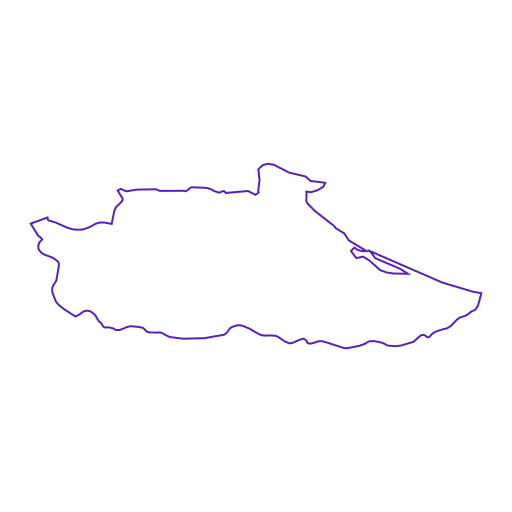 Miranda, Albers equal-area conic projection
{"feature_id": "VEN-47", "entity_name": "Miranda", "entity_type": "State", "adm_level": 1, "iso_a3": "VEN", "parent_name": "Venezuela", "parent_adm1": "", "projection": "albers", "projection_center": [-66.423, 10.291], "detail": "fine", "context": "isolated", "style": "outline", "palette": "violet", "viewbox_px": 512, "rotation_deg": 0, "n_neighbors": 0, "source": "natural_earth", "source_scale": "10m", "svg_char_len": 3404}
<svg xmlns="http://www.w3.org/2000/svg" viewBox="0 0 512 512"><path d="M258.2,169.5L259.3,168.3L262.8,165.1L267.7,163.8L273.7,164.7L289.1,172.6L305.6,176.5L310.7,181.0L322.4,182.4L325.2,183.0L323.4,186.6L317.8,190.1L311.2,192.2L306.4,191.6L306.6,194.6L306.3,200.8L307.2,203.1L315.0,211.1L334.0,225.9L335.9,228.3L344.3,233.4L348.8,240.4L366.6,251.1L363.0,251.2L359.5,250.5L356.6,249.3L354.6,247.6L352.6,249.2L351.0,251.1L356.3,258.1L362.9,256.6L369.3,260.4L380.3,270.2L386.7,272.5L393.5,273.5L407.9,273.8L400.5,269.0L375.3,258.2L370.0,251.1L442.4,282.6L472.9,291.7L481.3,293.2L481.1,294.0L478.1,305.5L475.5,309.5L474.3,310.2L473.1,310.7L471.8,311.3L470.3,312.3L469.1,313.4L465.9,315.6L459.9,317.5L457.3,319.3L450.9,325.9L448.8,327.3L447.1,328.3L443.6,329.1L436.7,331.2L434.3,332.4L432.1,333.9L429.3,337.0L428.0,337.4L427.0,337.0L426.0,336.1L424.8,335.3L422.8,334.9L421.4,335.2L420.2,335.8L413.4,341.9L401.1,345.5L395.9,346.2L389.1,345.7L387.6,345.5L386.4,344.9L385.3,344.2L383.4,343.3L380.6,342.4L374.8,341.2L371.8,341.1L369.6,341.3L367.2,342.3L366.1,343.0L365.1,343.7L359.2,345.9L347.3,348.2L344.4,348.2L325.6,342.1L321.6,341.2L319.3,341.2L317.6,341.5L316.0,342.2L310.9,343.6L309.0,343.5L307.7,342.9L307.0,342.2L306.5,340.6L303.8,338.7L302.7,338.8L300.6,339.4L293.2,342.6L290.9,343.2L289.2,343.3L284.5,341.2L278.4,337.1L275.6,335.8L269.7,335.4L264.7,335.6L262.1,335.3L260.2,334.7L253.1,330.9L252.5,330.4L252.2,330.2L248.9,328.4L243.7,326.2L240.7,325.4L238.5,325.2L237.0,325.4L232.0,327.0L231.4,327.4L230.6,327.9L229.8,328.6L226.8,332.8L224.0,334.8L214.9,336.3L204.4,338.2L183.1,338.7L169.7,337.0L164.8,334.7L162.2,333.1L160.4,332.5L158.8,332.4L156.6,332.6L149.1,332.4L147.0,331.6L145.8,330.8L145.4,330.0L142.8,327.8L138.2,326.9L130.6,326.2L127.2,327.0L119.7,330.0L116.3,330.1L115.6,329.8L114.7,329.3L113.5,328.5L108.5,327.3L105.0,327.5L103.4,326.7L102.4,325.3L101.5,323.5L98.9,321.2L96.7,318.0L96.3,316.9L94.8,314.8L91.2,311.8L89.8,311.2L87.5,310.7L86.1,310.8L85.1,310.9L84.0,311.3L82.9,311.9L81.0,313.4L78.7,314.9L75.4,316.5L63.6,308.9L58.0,304.2L55.9,301.5L52.5,292.9L52.2,290.6L52.2,288.6L52.5,287.2L53.7,284.7L55.8,281.5L56.4,280.2L58.9,265.6L58.8,263.6L58.6,262.4L57.2,260.9L53.8,258.4L51.7,257.3L43.9,254.4L42.5,253.5L41.0,252.3L39.1,250.1L38.4,248.3L38.3,246.5L38.5,245.0L38.9,243.6L39.4,242.3L41.3,240.5L42.2,239.4L41.7,238.7L39.9,236.9L38.1,235.7L30.7,223.6L47.5,217.5L47.9,219.9L48.1,220.1L48.9,220.6L49.7,220.7L55.8,222.6L67.3,227.7L73.0,229.4L78.5,229.7L81.6,229.6L84.0,229.2L90.3,226.8L95.1,224.0L97.0,223.3L100.1,222.5L104.2,222.5L111.7,223.9L114.2,211.3L115.9,207.3L118.9,204.5L122.1,201.1L122.6,199.6L122.7,198.8L120.8,195.6L117.7,190.5L120.4,189.0L121.4,189.0L122.3,189.6L125.4,191.0L126.4,191.3L137.1,189.6L155.5,189.3L155.9,189.3L157.1,189.7L159.7,190.9L184.1,190.8L185.7,191.3L187.6,190.1L190.0,188.1L191.1,187.4L191.9,187.2L192.3,187.3L205.0,187.8L206.1,188.0L208.0,188.2L208.4,188.4L208.6,188.5L208.9,188.7L209.4,188.8L210.6,189.0L211.9,189.6L212.4,189.9L212.5,190.0L213.3,190.6L214.5,191.2L218.9,192.5L219.7,192.6L221.0,191.9L222.7,191.2L223.5,191.1L224.0,191.1L225.8,192.8L226.2,193.1L226.6,193.1L227.3,192.8L244.7,191.3L248.0,191.0L255.4,194.8L258.2,193.0L258.7,192.3L258.7,192.1L258.4,191.3L258.3,191.1L258.2,190.6L259.6,179.3L259.6,178.9L259.6,178.7L259.4,178.5L259.4,178.3L259.2,177.7L259.2,177.1L258.6,171.0L258.2,169.5Z" fill="none" stroke="#5b21b6" stroke-width="2"/></svg>